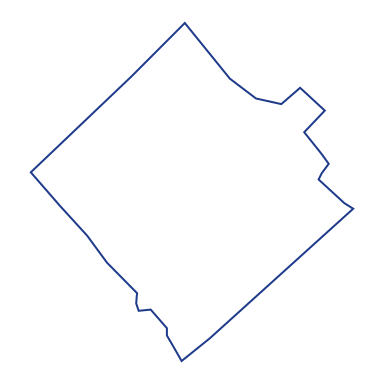 Lolua, Tuvalu (Robinson projection)
{"feature_id": "33948139B18682129171458", "entity_name": "Lolua", "entity_type": "district", "adm_level": 2, "iso_a3": "TUV", "parent_name": "Tuvalu", "parent_adm1": "", "projection": "robinson", "projection_center": [176.115, -5.674], "detail": "fine", "context": "isolated", "style": "outline", "palette": "blue", "viewbox_px": 384, "rotation_deg": 0, "n_neighbors": 0, "source": "geoboundaries", "source_scale": "gbopen_adm2", "svg_char_len": 466}
<svg xmlns="http://www.w3.org/2000/svg" viewBox="0 0 384 384"><path d="M30.8,172.3L60.0,205.9L87.1,235.6L107.1,262.8L137.1,293.2L136.7,296.7L136.2,303.5L138.7,310.8L150.7,309.6L166.9,328.2L166.9,335.5L173.1,346.1L181.6,361.0L209.8,338.3L353.2,208.7L344.4,203.2L318.6,179.5L321.7,173.3L328.7,163.8L321.7,154.1L304.2,132.2L324.8,110.6L300.1,87.8L281.3,104.1L256.0,98.5L229.9,78.7L184.8,23.0L131.5,76.4L30.8,172.3Z" fill="none" stroke="#1e3a8a" stroke-width="2"/></svg>